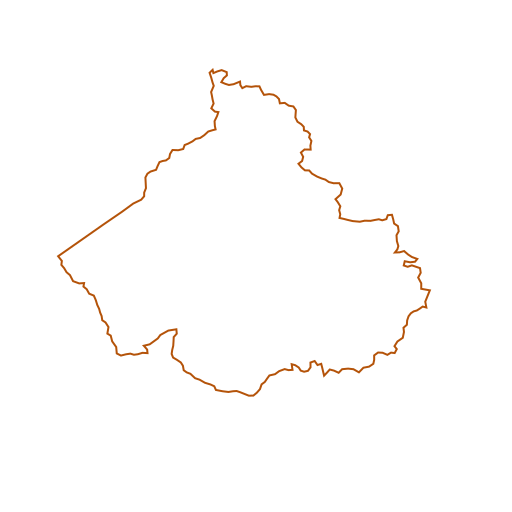 Goiandira, Goiás, Brazil (Mercator projection), rotated 118°
{"feature_id": "56859067B40812937641421", "entity_name": "Goiandira", "entity_type": "district", "adm_level": 2, "iso_a3": "BRA", "parent_name": "Brazil", "parent_adm1": "Goiás", "projection": "mercator", "projection_center": [-48.152, -18.118], "detail": "fine", "context": "isolated", "style": "outline", "palette": "amber", "viewbox_px": 512, "rotation_deg": 118, "n_neighbors": 0, "source": "geoboundaries", "source_scale": "gbopen_adm2", "svg_char_len": 3382}
<svg xmlns="http://www.w3.org/2000/svg" viewBox="0 0 512 512"><g transform="rotate(118 256 256)"><path d="M221.5,81.4L216.9,85.1L204.7,86.4L207.4,94.7L202.5,97.3L198.9,102.7L193.5,102.7L189.7,105.5L191.1,114.0L194.3,117.0L195.0,121.1L190.8,122.2L189.2,117.0L186.4,112.9L182.9,112.2L183.7,117.9L183.3,122.3L182.1,127.6L185.3,130.9L187.7,135.0L183.8,134.3L180.4,135.0L176.7,138.6L171.7,141.7L167.2,141.6L163.0,144.7L162.5,149.3L159.4,151.9L155.8,155.3L158.1,158.8L162.2,158.2L165.2,161.3L165.9,164.8L168.5,168.1L171.2,171.4L173.8,176.6L177.0,180.4L179.8,187.1L181.2,192.4L182.0,195.8L183.2,200.1L179.6,201.2L176.5,204.1L172.5,204.9L169.9,209.4L168.5,212.5L162.0,210.1L156.0,211.5L152.6,216.6L155.3,221.6L156.5,226.4L156.0,230.6L156.7,234.3L157.2,239.3L157.0,245.2L155.5,249.2L157.4,253.0L156.4,257.5L154.6,261.8L150.5,259.9L146.3,260.9L143.6,264.9L139.2,263.2L136.4,257.7L133.0,259.8L128.4,261.1L126.3,264.8L123.0,265.5L121.9,268.9L122.6,272.6L119.5,274.5L118.4,277.9L118.0,282.4L115.2,286.3L108.4,289.3L106.4,293.2L107.9,297.7L107.3,302.5L110.0,306.6L106.6,309.4L105.5,312.9L105.4,316.3L106.9,320.4L110.0,324.6L106.9,329.6L104.6,332.6L106.4,336.2L108.8,339.5L110.7,344.4L114.2,346.9L112.5,350.0L109.5,352.0L114.8,356.4L117.7,360.2L118.4,363.9L118.8,368.2L114.1,368.0L110.2,366.5L107.4,368.2L108.0,373.6L111.3,376.9L114.5,379.5L112.0,381.7L116.0,383.0L119.5,379.3L123.1,375.9L125.6,373.2L132.3,372.6L134.9,370.4L138.2,367.8L141.3,365.0L146.6,364.8L147.8,360.0L146.6,356.8L150.7,356.1L156.4,355.9L160.6,353.3L163.2,351.1L165.5,353.6L168.5,356.6L173.6,358.4L178.0,360.7L180.9,364.2L184.6,365.9L188.7,368.7L191.5,371.1L195.7,370.5L199.1,374.3L201.6,379.5L206.3,379.8L210.2,378.6L213.9,380.4L215.9,383.0L218.4,385.3L222.8,385.1L226.8,384.7L231.0,388.8L234.3,390.5L238.6,390.5L247.8,385.0L252.5,384.5L255.8,382.8L260.2,383.8L267.3,389.0L279.9,395.1L300.2,405.7L349.1,430.6L351.5,425.1L355.2,423.7L356.8,419.7L359.3,415.6L360.2,411.3L364.1,405.7L363.2,399.2L360.6,395.1L364.0,394.0L364.8,389.9L367.6,385.6L367.1,380.6L370.3,376.6L373.7,373.2L376.3,369.7L379.1,367.1L381.5,364.1L384.9,361.6L385.3,357.7L388.0,352.9L394.3,350.8L394.5,346.9L398.9,342.9L402.0,336.7L407.4,333.2L407.3,328.5L403.8,324.6L401.2,321.1L400.5,317.4L398.2,314.2L394.8,310.8L392.7,306.2L389.7,308.2L387.9,312.9L383.9,308.4L374.9,304.0L370.7,303.4L363.0,298.4L358.1,291.9L361.8,289.5L366.2,290.6L370.2,288.7L374.2,286.9L378.2,285.9L382.1,284.5L384.6,281.5L384.8,277.0L385.3,272.4L387.2,269.0L390.8,266.2L391.3,262.5L390.8,258.6L392.5,252.4L391.7,247.8L391.9,241.5L390.8,235.9L390.6,231.7L393.1,228.5L391.1,222.0L389.0,216.5L386.2,212.8L384.3,209.7L383.7,206.0L383.2,201.4L382.7,196.8L380.5,192.8L376.4,191.1L371.7,190.0L366.7,190.8L363.1,189.1L359.5,188.7L355.2,188.1L351.4,183.7L346.8,181.5L342.4,177.6L341.5,173.7L339.4,170.3L334.8,173.7L334.0,170.1L334.4,165.9L336.2,162.7L335.6,159.2L333.0,156.2L328.7,155.6L324.5,157.9L321.2,154.9L323.4,150.5L320.6,147.8L323.1,145.5L329.7,139.7L325.4,138.5L321.6,137.6L320.6,133.4L320.3,128.2L315.5,126.8L312.2,121.8L310.2,116.8L310.4,110.5L304.2,108.7L300.6,104.2L296.1,101.8L292.2,102.9L288.3,105.0L283.9,102.9L282.0,98.8L281.6,93.6L277.9,91.4L276.6,88.0L272.1,88.0L270.6,91.4L265.1,91.0L259.3,88.0L253.6,89.7L250.1,92.1L245.9,90.5L241.9,92.3L237.6,93.0L233.9,92.4L230.9,90.8L228.6,88.4L225.6,86.7L222.4,85.1L221.5,81.4Z" fill="none" stroke="#b45309" stroke-width="2"/></g></svg>